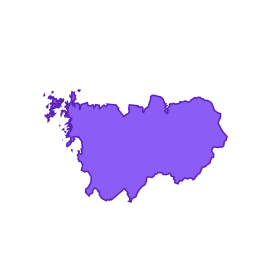 Whitsunday, Queensland, Australia (Albers equal-area conic projection), rotated 224°
{"feature_id": "25037944B87142005071762", "entity_name": "Whitsunday", "entity_type": "district", "adm_level": 2, "iso_a3": "AUS", "parent_name": "Australia", "parent_adm1": "Queensland", "projection": "albers", "projection_center": [148.444, -20.698], "detail": "fine", "context": "isolated", "style": "filled", "palette": "violet", "viewbox_px": 256, "rotation_deg": 224, "n_neighbors": 0, "source": "geoboundaries", "source_scale": "gbopen_adm2", "svg_char_len": 5803}
<svg xmlns="http://www.w3.org/2000/svg" viewBox="0 0 256 256"><g transform="rotate(224 128 128)"><path d="M80.0,105.0L79.5,107.2L76.4,108.9L75.9,111.1L76.7,113.2L75.5,114.8L75.1,117.1L72.5,119.4L70.5,118.9L68.1,121.0L66.4,124.6L63.2,123.4L60.9,124.8L59.7,122.8L57.8,123.0L56.3,121.2L53.3,122.5L54.2,125.6L52.5,127.3L52.5,131.5L49.6,132.9L48.9,135.1L46.4,136.3L45.4,135.9L44.7,137.2L45.5,139.8L45.1,141.5L45.8,142.7L44.9,145.3L47.2,151.4L45.5,153.9L45.6,156.2L44.7,159.3L47.2,164.5L46.1,166.3L47.8,168.4L52.0,169.7L53.2,172.4L52.8,174.4L49.8,176.3L48.9,178.2L47.3,179.2L46.7,181.6L49.3,185.2L49.0,187.4L50.8,190.6L58.1,191.3L65.7,193.8L67.2,195.0L68.7,199.6L71.3,202.6L73.5,201.4L78.0,200.7L84.8,203.9L87.2,203.9L90.4,202.8L92.1,201.1L94.1,201.2L94.6,200.2L97.3,200.2L99.0,198.6L99.4,196.9L100.9,196.7L102.1,192.2L101.8,190.1L102.6,188.5L105.6,187.3L107.2,183.8L108.9,183.2L108.1,181.6L109.0,180.1L111.1,177.6L112.5,177.4L113.0,175.7L114.5,174.9L114.4,173.5L113.2,172.8L113.4,170.5L112.7,168.7L111.1,168.5L111.7,167.7L111.3,166.4L110.1,166.8L110.1,165.5L113.3,165.9L113.7,168.5L115.8,168.7L115.7,171.1L117.2,170.5L117.7,171.7L118.4,171.1L123.0,173.2L125.9,173.1L132.1,169.5L133.3,168.1L133.6,166.4L131.5,164.0L128.2,156.9L129.0,153.8L127.6,150.1L128.9,149.8L130.3,152.1L131.7,153.0L133.4,152.4L134.2,150.9L136.4,150.2L136.5,150.8L143.1,145.6L140.5,141.9L139.7,141.9L137.7,139.4L138.7,136.3L138.7,133.4L148.5,134.6L148.4,135.7L152.7,136.2L159.5,130.8L158.9,130.7L158.9,128.0L161.2,127.8L162.0,122.0L164.5,124.4L167.6,122.2L166.6,120.4L166.6,118.8L168.9,120.4L169.8,119.8L170.2,117.8L172.3,116.5L174.9,118.0L178.0,112.3L176.2,109.4L176.4,108.5L175.5,108.3L175.8,107.8L179.5,111.3L180.7,110.6L181.5,111.1L183.0,109.0L182.4,107.5L181.1,107.0L181.0,106.5L183.1,107.4L183.7,109.1L183.5,106.2L184.2,106.8L184.8,106.5L185.1,108.1L185.7,108.3L185.7,106.9L186.4,108.9L185.3,109.5L186.3,110.8L185.8,111.0L185.8,112.8L187.3,112.9L188.2,114.9L190.2,114.5L191.2,116.2L191.4,115.5L193.4,115.2L192.7,113.8L190.1,111.8L190.6,110.9L192.1,111.1L191.5,110.2L189.8,110.6L186.9,107.4L186.9,104.4L185.3,103.9L186.3,103.8L186.1,102.4L186.8,102.5L187.0,101.4L186.0,100.3L185.4,101.6L184.6,100.6L185.7,99.8L185.3,99.0L183.5,99.0L181.9,97.4L181.7,96.4L183.1,96.9L183.7,96.7L183.5,95.8L183.8,96.1L184.3,95.7L182.5,95.4L181.9,92.5L180.7,92.5L180.7,94.5L179.4,93.8L179.7,96.0L178.1,94.5L175.3,96.1L175.0,95.5L175.9,92.9L175.4,92.1L174.3,93.4L174.1,91.0L175.3,89.1L175.3,88.0L173.6,91.0L172.9,90.8L172.6,87.5L171.8,89.0L171.9,91.2L169.9,90.6L171.2,87.9L169.7,89.8L168.5,89.5L168.5,88.3L169.3,87.9L169.6,87.1L167.7,87.4L168.1,86.2L167.3,85.9L168.3,84.7L168.2,84.2L167.4,84.6L167.5,83.5L166.5,83.1L167.1,79.5L165.5,80.2L164.8,81.6L163.6,81.5L162.3,81.2L160.8,79.3L159.2,78.9L158.3,80.0L158.6,82.9L161.1,83.4L159.8,85.4L158.1,86.2L157.9,87.3L151.3,86.1L151.0,85.1L149.7,84.8L148.5,82.9L146.6,82.0L146.4,81.0L147.1,80.3L143.2,77.9L143.9,76.1L145.9,76.2L145.3,72.5L145.1,73.3L143.9,73.2L142.5,71.1L140.0,70.1L138.5,71.2L134.8,69.9L132.4,65.4L128.5,66.3L127.9,67.8L126.1,68.9L120.7,67.5L116.9,63.1L115.5,57.8L115.9,54.5L113.6,52.2L108.8,52.1L109.4,53.6L108.3,56.8L110.0,58.6L110.3,61.3L109.7,62.0L105.7,62.4L105.0,62.0L105.5,61.7L105.8,61.0L105.3,61.7L103.6,61.7L102.4,60.1L98.0,59.2L93.2,60.5L93.3,61.9L91.2,63.2L91.4,64.9L90.0,64.8L88.4,82.0L82.6,81.3L82.8,80.0L77.8,78.7L76.3,76.9L76.5,75.8L74.4,76.9L76.0,80.0L74.6,84.2L76.0,87.0L77.1,91.7L77.3,95.4L76.5,99.0L77.8,102.7L80.0,105.0ZM195.8,93.2L192.2,96.7L193.4,96.4L193.0,97.1L193.6,97.0L194.0,98.0L196.1,95.9L196.2,94.8L196.7,95.0L194.9,97.6L195.8,97.7L195.8,99.6L197.5,99.1L196.9,98.5L197.8,97.5L200.1,99.1L200.8,97.5L201.8,98.2L203.0,97.0L201.6,96.5L200.3,94.0L199.6,95.1L200.4,92.5L198.8,94.0L199.3,92.3L197.9,93.6L197.7,91.6L198.4,90.5L198.1,89.9L196.8,90.2L197.3,88.6L196.6,87.8L197.0,86.9L196.1,86.4L195.3,86.6L195.7,88.8L194.0,92.6L194.3,93.1L195.5,91.9L195.8,93.2ZM194.8,80.9L196.2,79.8L195.6,79.0L193.3,80.0L193.2,80.7L193.0,79.2L191.8,79.9L192.2,82.1L190.2,83.8L190.4,87.4L192.5,83.9L191.5,87.2L192.4,87.8L193.5,84.6L193.6,88.1L195.0,86.4L194.0,82.7L194.6,81.6L195.5,82.6L194.8,80.9ZM161.1,74.5L159.6,72.5L158.7,72.4L158.2,76.0L158.6,77.8L160.8,78.2L161.1,74.5ZM187.8,100.8L188.0,98.6L187.3,100.1L187.8,103.6L189.4,104.6L187.8,100.8ZM205.2,95.2L203.9,95.2L203.9,97.5L205.2,97.4L204.8,96.0L205.8,94.9L205.9,93.7L205.2,95.2ZM195.7,101.1L195.3,100.3L194.7,99.9L194.5,102.3L195.1,102.1L195.1,103.3L195.7,101.8L196.1,101.4L196.1,102.4L196.8,102.4L197.2,101.1L195.7,101.1ZM187.5,95.1L187.7,94.1L186.3,94.0L186.0,96.2L187.5,95.1ZM194.2,103.6L193.8,100.5L193.3,100.3L193.3,102.7L194.2,103.6ZM190.2,79.1L191.0,79.2L191.2,78.3L190.0,77.3L190.2,79.1ZM201.1,86.7L200.2,86.4L200.0,86.9L201.3,88.5L201.3,86.0L201.1,86.7ZM191.9,95.3L192.8,95.2L192.9,93.8L192.0,94.2L191.9,95.3ZM186.3,92.9L186.0,91.6L184.9,90.8L185.5,92.3L186.3,92.9ZM146.6,77.3L147.2,77.5L147.8,76.9L147.0,76.5L146.6,77.3ZM207.3,101.9L207.6,101.1L207.1,100.7L206.8,101.5L207.3,101.9ZM169.8,85.7L170.8,86.0L170.7,85.0L170.3,85.0L169.8,85.7ZM206.4,96.4L206.5,95.5L206.2,94.8L205.9,95.6L206.4,96.4ZM173.6,82.6L173.7,81.6L173.1,82.1L173.6,82.6ZM191.0,103.9L190.5,102.7L190.1,102.7L191.0,103.9ZM188.8,121.8L189.5,121.4L188.7,120.9L188.8,121.8ZM189.5,120.3L189.9,120.8L189.7,119.6L189.5,120.3ZM165.8,79.3L165.6,78.7L165.2,79.4L165.8,79.3ZM203.4,97.4L203.5,98.2L203.8,97.9L203.4,97.4ZM210.7,93.4L211.3,93.7L210.9,93.0L210.7,93.4ZM193.0,98.3L193.3,99.4L193.4,98.5L193.0,98.3ZM167.6,82.3L168.1,82.2L167.8,81.7L167.6,82.3ZM170.3,81.6L170.5,82.0L170.7,81.6L170.3,81.6ZM152.8,73.0L153.0,73.3L153.2,73.2L152.8,73.0ZM184.3,97.4L184.3,97.0L184.1,96.7L184.3,97.4ZM178.1,82.1L178.7,82.3L178.7,82.2L178.1,82.1ZM166.5,74.0L166.9,73.6L166.5,74.0ZM185.3,93.7L185.1,94.3L185.3,93.7Z" fill="#8b5cf6" stroke="#5b21b6" stroke-width="1.5"/></g></svg>